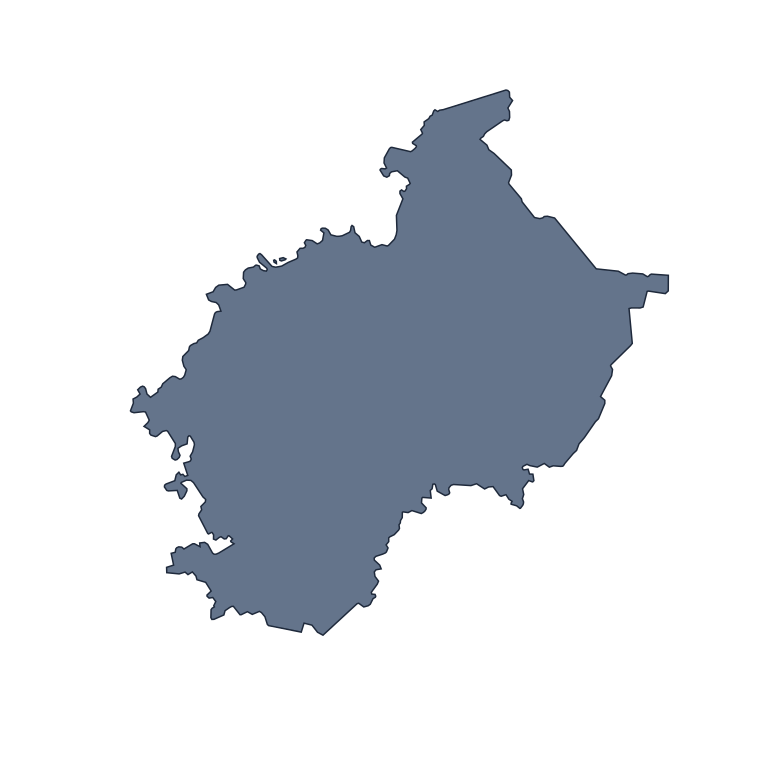 the Region of Omsk, rotated 50°
{"feature_id": "RUS-2397", "entity_name": "Omsk", "entity_type": "Region", "adm_level": 1, "iso_a3": "RUS", "parent_name": "Russia", "parent_adm1": "", "projection": "albers", "projection_center": [72.959, 56.006], "detail": "fine", "context": "isolated", "style": "filled", "palette": "slate", "viewbox_px": 768, "rotation_deg": 50, "n_neighbors": 0, "source": "natural_earth", "source_scale": "10m", "svg_char_len": 6171}
<svg xmlns="http://www.w3.org/2000/svg" viewBox="0 0 768 768"><g transform="rotate(50 384 384)"><path d="M241.8,525.9L236.1,523.2L233.6,520.4L232.8,512.1L230.5,509.2L230.1,507.6L230.8,503.7L232.1,501.1L231.1,498.1L232.2,493.1L232.7,486.5L231.7,483.4L221.5,468.9L220.9,467.2L221.3,465.3L223.4,462.1L217.2,459.8L213.7,460.2L209.8,463.2L206.9,464.3L201.1,462.4L203.5,455.6L201.8,450.9L202.1,447.0L207.1,439.8L216.1,438.0L217.1,436.5L219.9,429.0L218.5,425.7L217.4,424.7L212.8,424.1L208.1,419.7L207.5,416.8L207.9,413.5L210.5,408.9L210.5,406.0L211.0,405.2L213.3,403.7L216.4,404.8L219.7,403.5L221.9,401.5L221.2,399.8L219.9,399.4L210.7,401.1L205.7,399.9L204.6,399.1L203.9,396.6L204.3,395.2L206.3,394.7L221.9,394.2L224.9,391.9L227.9,386.6L229.3,379.2L231.7,371.3L231.9,369.1L230.3,367.5L226.9,365.8L226.1,361.1L228.0,358.8L228.5,356.7L227.5,354.8L224.6,354.2L223.7,351.3L223.8,350.5L228.0,346.8L233.7,345.1L234.6,342.6L234.5,338.8L229.6,332.9L225.4,333.7L224.6,332.3L225.0,331.0L227.0,328.8L230.1,327.8L235.6,328.8L240.5,325.3L242.0,323.4L243.6,320.7L245.6,312.9L244.9,310.9L242.3,308.0L242.0,306.6L244.0,306.1L249.5,309.0L255.0,308.1L261.0,309.8L263.2,308.2L263.4,304.5L264.7,303.0L269.1,304.8L273.3,303.2L275.9,296.0L280.3,292.9L280.7,291.6L279.8,282.9L277.5,278.7L274.6,275.3L262.8,266.1L254.3,250.5L248.4,249.4L246.5,247.8L246.6,245.8L249.3,245.0L249.7,244.1L248.9,241.2L246.9,239.7L247.4,236.4L247.2,235.0L241.5,233.5L238.9,235.0L229.2,236.7L226.3,241.9L226.4,244.4L227.9,246.0L227.4,248.9L224.4,250.5L217.5,249.5L217.1,248.5L217.4,247.2L219.9,244.9L220.2,243.2L214.7,241.9L211.0,238.4L207.3,228.8L207.1,227.0L207.7,225.9L223.1,214.3L223.5,212.8L223.5,208.8L223.1,206.7L222.2,206.1L218.1,207.4L217.0,206.8L217.0,194.2L216.6,193.3L212.7,192.3L211.8,186.9L209.0,184.8L209.5,179.1L208.5,176.6L209.0,174.2L206.8,170.4L206.7,168.7L209.8,167.6L210.0,165.4L211.9,162.3L237.2,101.6L238.7,100.5L241.0,100.3L245.1,103.4L249.5,103.3L252.2,111.7L255.9,112.7L260.6,116.4L262.2,118.9L261.4,120.6L259.2,122.0L258.7,123.7L256.8,143.2L257.1,146.1L258.2,148.7L257.9,151.7L258.3,153.2L267.2,151.6L271.9,153.1L278.1,151.5L301.9,148.9L305.9,152.0L309.8,159.1L311.2,159.7L330.4,159.7L333.2,161.1L353.2,161.7L357.4,158.4L358.8,155.6L358.7,153.6L360.5,151.0L366.5,146.6L432.2,147.4L448.2,132.0L455.8,129.0L456.4,128.0L456.3,126.2L458.9,122.2L466.0,115.0L471.0,113.3L471.5,112.2L471.3,109.8L471.7,108.5L483.5,96.3L495.4,106.4L495.6,110.4L482.8,121.7L482.2,122.9L491.6,136.0L490.4,138.9L484.8,145.5L483.7,147.8L512.5,167.7L513.1,170.6L515.2,197.6L515.7,198.8L519.8,199.6L524.0,204.3L532.8,226.2L538.4,225.3L540.9,227.4L548.5,242.1L548.8,246.3L553.9,265.1L555.2,273.1L558.7,279.2L558.9,283.7L561.1,296.6L561.8,298.7L561.9,299.9L560.7,301.6L555.4,307.0L554.0,310.8L547.9,312.3L546.2,320.0L540.3,324.7L537.4,326.1L536.4,330.5L536.9,331.8L538.8,332.5L539.8,332.0L541.9,328.4L546.5,330.4L548.8,327.9L554.4,331.3L554.6,333.0L554.2,333.4L551.0,335.2L553.3,345.2L558.5,348.0L560.8,351.7L564.1,352.9L565.4,354.3L566.1,355.7L566.9,359.3L566.6,359.9L562.5,360.7L557.8,363.9L557.0,363.3L556.2,361.3L552.5,362.4L547.2,361.7L545.3,366.4L543.7,367.2L532.7,366.4L530.1,370.1L529.1,374.4L519.9,377.2L517.7,382.7L505.7,395.3L504.7,397.7L505.2,400.8L506.3,402.2L509.4,403.5L510.0,404.4L509.8,406.3L508.7,408.9L500.3,412.1L494.0,409.3L493.0,409.6L492.2,411.0L495.2,414.5L495.3,417.0L501.7,421.2L495.7,427.3L495.8,428.4L499.2,431.7L505.9,431.3L506.9,432.2L507.6,434.3L507.7,436.3L507.2,438.7L498.9,444.0L498.0,448.2L494.3,451.5L494.1,452.4L498.1,455.9L499.2,459.1L500.9,460.8L501.5,463.0L504.6,465.0L505.3,466.7L506.0,473.0L504.8,477.9L504.9,479.3L507.8,481.7L508.6,485.8L512.2,486.3L514.2,490.1L514.3,491.5L513.5,494.3L510.8,501.0L511.0,503.4L512.7,504.6L520.0,503.7L523.8,505.0L521.2,509.5L521.7,512.2L525.6,514.6L531.5,514.9L533.0,517.8L535.4,527.6L537.1,528.4L539.4,526.1L541.2,526.7L541.8,527.7L541.4,530.4L543.9,536.1L543.7,538.7L541.8,542.8L535.7,544.3L535.0,545.8L537.2,592.2L531.5,594.5L522.4,594.2L515.8,599.0L520.9,606.9L494.9,627.7L493.2,627.9L485.7,624.8L480.3,624.8L478.1,625.6L475.8,633.0L470.6,635.0L468.9,641.8L468.2,642.6L457.5,642.3L456.5,643.6L456.0,645.9L455.5,651.5L458.0,655.1L455.0,665.5L453.7,667.2L451.7,666.8L445.7,661.5L445.3,659.8L445.7,657.2L444.4,656.9L442.5,652.7L437.5,652.4L435.6,655.6L432.9,656.0L431.9,655.3L431.5,649.5L421.3,648.1L413.7,653.1L410.3,651.5L404.8,651.6L404.0,656.7L400.2,657.3L397.8,663.0L388.9,671.7L384.7,668.4L387.5,661.6L376.9,655.9L378.7,652.1L376.5,649.5L376.2,648.0L376.8,645.9L379.0,643.8L381.8,643.3L383.4,633.3L384.5,631.9L390.4,629.5L387.3,627.4L390.0,623.2L393.5,622.1L403.3,624.0L405.1,623.6L406.4,622.1L407.3,619.1L410.0,601.6L406.4,602.7L405.7,602.4L405.4,599.6L400.9,600.2L400.1,600.8L401.1,604.3L400.0,606.0L396.2,607.0L395.6,609.0L395.5,613.1L393.2,614.3L390.0,611.5L387.3,611.1L386.8,611.6L386.1,614.8L385.2,615.1L365.7,610.7L364.5,609.2L363.2,604.6L360.1,603.0L359.5,596.7L357.8,594.8L354.1,595.3L337.1,593.3L333.7,593.9L330.7,597.1L329.1,602.6L329.5,603.4L337.5,602.3L339.1,603.6L341.6,609.1L342.0,613.0L340.2,613.8L332.6,610.8L327.3,617.9L325.9,618.8L321.7,618.4L320.5,617.1L320.5,615.3L323.6,606.4L320.0,601.5L319.7,597.8L322.9,598.2L323.9,596.1L326.8,596.0L327.9,593.1L315.9,588.3L318.2,583.2L318.5,581.8L317.6,579.9L314.7,578.9L313.0,574.3L308.7,568.3L306.6,567.0L299.5,565.9L298.3,566.6L298.5,568.4L303.3,573.3L301.3,578.7L300.8,583.2L303.7,585.0L307.5,586.1L308.6,588.1L308.8,591.1L308.0,592.9L304.8,594.0L302.9,593.3L297.7,584.0L295.5,582.1L281.1,580.1L279.7,580.7L278.0,584.1L278.0,591.3L277.4,592.9L273.3,595.4L271.2,595.3L268.5,593.0L262.2,595.1L261.8,589.7L260.8,587.1L252.2,584.7L250.6,586.0L245.3,594.0L242.9,595.5L241.6,595.5L237.6,588.3L234.2,585.9L235.1,581.8L234.9,577.3L230.1,576.4L229.8,572.5L230.5,570.3L232.0,569.5L234.3,569.6L239.3,572.0L244.1,571.4L244.8,562.4L242.8,560.4L243.2,556.6L241.6,553.3L241.6,544.0L242.1,541.0L244.2,539.1L249.0,537.4L249.8,535.8L249.9,533.3L249.1,531.0L245.9,526.3L241.8,525.9ZM222.4,380.0L225.2,378.7L225.3,379.9L223.8,383.5L222.3,384.3L220.8,383.3L222.4,380.0ZM220.8,387.6L222.6,389.0L220.0,389.9L218.3,389.0L218.6,388.0L220.8,387.6Z" fill="#64748b" stroke="#1e293b" stroke-width="1.5"/></g></svg>